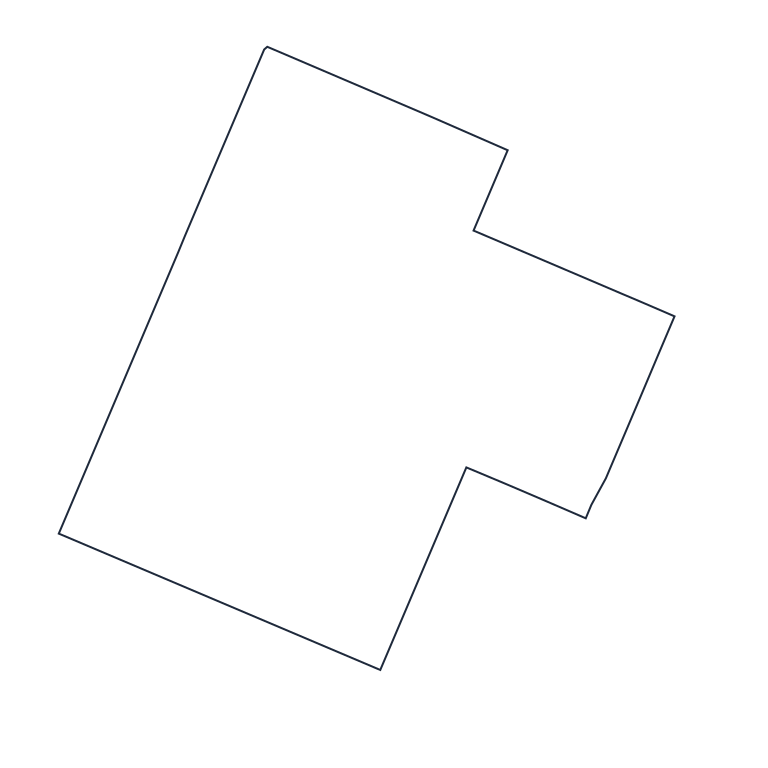 outline of Creek, Oklahoma, United States of America, rotated 23°
{"feature_id": "52423323B90681107174232", "entity_name": "Creek", "entity_type": "district", "adm_level": 2, "iso_a3": "USA", "parent_name": "United States of America", "parent_adm1": "Oklahoma", "projection": "natural_earth1", "projection_center": [-96.229, 35.901], "detail": "fine", "context": "isolated", "style": "outline", "palette": "slate", "viewbox_px": 768, "rotation_deg": 23, "n_neighbors": 0, "source": "geoboundaries", "source_scale": "gbopen_adm2", "svg_char_len": 453}
<svg xmlns="http://www.w3.org/2000/svg" viewBox="0 0 768 768"><g transform="rotate(23 384 384)"><path d="M492.3,648.7L492.4,428.6L533.8,428.4L579.0,428.5L622.2,428.8L622.1,414.1L625.1,384.1L625.1,340.1L625.1,296.0L625.0,252.0L625.0,237.5L625.0,208.2L588.7,208.0L566.7,208.0L505.5,207.9L406.5,207.8L406.5,120.5L322.7,119.6L144.8,119.2L143.0,122.9L142.9,325.5L143.1,343.3L143.1,648.8L492.3,648.7Z" fill="none" stroke="#1e293b" stroke-width="2"/></g></svg>